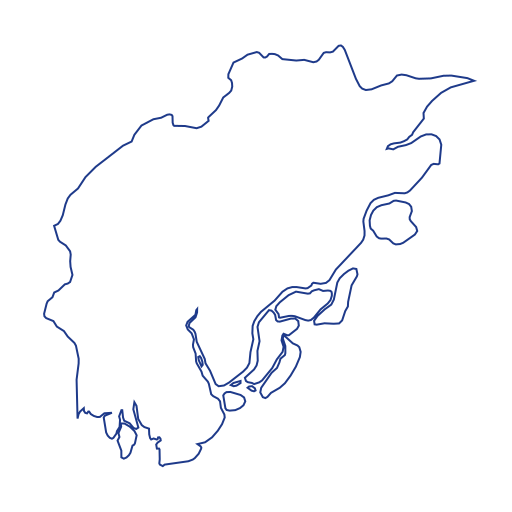 the border of Riau, rotated 93°
{"feature_id": "IDN-492", "entity_name": "Riau", "entity_type": "Province", "adm_level": 1, "iso_a3": "IDN", "parent_name": "Indonesia", "parent_adm1": "", "projection": "mercator", "projection_center": [102.223, 0.735], "detail": "fine", "context": "isolated", "style": "outline", "palette": "blue", "viewbox_px": 512, "rotation_deg": 93, "n_neighbors": 0, "source": "natural_earth", "source_scale": "10m", "svg_char_len": 6091}
<svg xmlns="http://www.w3.org/2000/svg" viewBox="0 0 512 512"><g transform="rotate(93 256 256)"><path d="M69.6,47.4L77.4,70.3L83.4,79.7L91.8,88.2L97.9,93.0L104.4,96.2L110.0,95.6L124.1,105.5L126.8,106.5L129.0,109.2L131.7,111.1L133.6,114.2L135.2,117.8L136.3,124.1L137.4,127.4L139.4,130.0L142.2,131.0L141.6,129.2L142.3,124.5L139.5,119.9L137.4,112.1L135.1,106.9L128.0,97.7L125.7,92.5L125.3,87.1L126.8,82.4L130.0,78.8L135.2,76.8L154.0,77.6L154.9,78.9L154.7,83.4L155.9,85.8L169.1,94.4L182.6,105.7L184.6,108.2L185.6,110.8L185.7,120.6L188.5,127.1L191.5,137.0L193.7,141.2L197.2,144.4L204.9,147.9L213.2,150.5L216.0,150.6L225.4,148.9L229.8,148.7L234.1,149.8L237.4,151.8L265.3,175.5L276.3,181.4L279.2,184.7L280.4,190.0L279.7,197.3L280.8,198.6L282.6,199.2L285.4,202.8L285.8,204.8L284.9,213.7L285.1,218.1L286.7,222.9L290.3,227.7L299.6,235.1L311.5,248.1L316.0,251.5L321.2,254.3L326.0,255.7L333.4,255.6L339.3,254.3L352.3,256.5L363.3,257.0L368.0,259.2L372.1,262.8L383.8,276.3L387.0,281.2L388.0,286.5L386.0,289.6L373.0,295.9L365.8,300.8L361.5,301.8L344.8,310.7L336.8,312.4L334.7,313.4L332.9,314.8L330.6,318.9L329.5,319.5L326.4,318.9L320.4,313.2L315.5,311.9L312.1,312.0L313.2,312.8L317.9,313.4L325.3,320.9L329.0,322.1L332.9,320.3L336.6,316.2L342.5,313.6L347.8,314.3L350.3,314.0L356.6,311.2L364.3,310.3L366.2,309.6L374.3,304.4L378.3,303.0L384.0,297.5L386.1,296.4L396.4,293.5L398.2,291.4L400.5,286.5L403.0,284.3L409.5,283.1L415.9,279.3L418.9,278.8L425.7,281.1L432.5,285.0L439.4,290.4L444.7,297.1L446.9,304.6L449.0,301.3L450.1,300.6L451.3,300.7L456.5,302.9L461.1,306.6L462.6,308.5L464.5,312.8L469.1,336.3L470.7,338.1L469.3,341.1L468.1,341.7L464.1,341.5L454.3,342.2L453.4,342.7L453.5,344.9L449.5,345.8L447.5,344.5L445.2,341.5L443.5,341.8L442.1,343.0L442.3,344.3L443.9,344.6L444.5,345.4L443.6,348.7L444.7,351.1L443.4,352.2L439.7,353.3L434.0,353.8L432.7,358.5L430.9,361.2L424.9,365.1L411.9,367.5L408.4,369.8L415.5,370.5L433.5,364.5L435.0,366.6L434.1,369.3L429.7,373.4L427.4,379.0L424.3,380.3L417.0,381.5L417.0,382.3L423.3,384.3L426.6,383.2L433.9,383.3L438.2,385.7L440.7,386.1L445.1,388.9L446.0,390.3L445.2,392.5L443.1,394.7L440.1,396.4L425.3,399.6L423.4,398.6L420.1,391.7L421.0,399.2L424.9,403.5L425.1,406.2L424.2,409.6L422.5,412.7L420.1,414.5L420.1,415.3L422.0,416.5L421.6,418.3L419.7,419.7L417.0,420.0L420.5,423.5L423.2,424.9L427.7,425.7L388.9,428.7L372.6,427.5L367.9,427.7L355.0,431.1L352.3,432.8L346.3,439.8L341.0,443.9L336.9,451.2L331.6,454.9L329.0,462.3L327.3,464.1L324.8,464.6L314.6,462.6L312.1,461.7L307.8,457.1L303.0,455.6L300.8,451.5L294.3,445.4L293.4,442.6L291.7,440.3L284.5,438.3L276.6,440.6L270.9,441.3L264.3,441.1L261.0,441.9L255.4,446.5L252.0,452.5L250.2,454.3L236.4,459.2L234.4,455.5L231.1,453.2L225.4,451.1L214.5,449.0L208.4,447.0L204.6,444.5L197.9,437.3L186.1,430.4L175.3,420.7L152.8,394.6L148.2,386.2L141.3,383.8L131.7,377.2L124.8,365.6L122.9,358.0L119.6,352.1L119.1,349.8L119.5,347.6L120.7,346.7L127.3,346.2L129.7,345.3L130.3,344.5L129.9,333.7L131.5,322.0L129.7,317.3L123.5,310.4L120.5,311.1L119.8,310.7L112.4,303.6L107.7,300.7L99.4,297.0L94.5,291.3L92.1,289.4L88.1,288.6L84.5,289.0L81.8,290.0L79.5,293.0L75.9,293.1L64.0,288.6L59.5,280.2L55.4,275.0L52.3,265.9L52.9,263.5L57.3,258.8L57.3,257.2L56.3,255.5L53.5,253.4L53.3,250.2L53.4,247.8L54.6,244.4L58.0,240.0L58.7,226.0L57.6,218.1L59.5,208.9L58.6,205.7L56.8,203.6L49.6,199.0L48.8,196.7L48.8,192.7L47.9,189.9L41.8,184.5L41.3,182.2L42.6,180.2L45.6,178.1L73.8,165.5L81.0,161.3L83.3,158.7L84.5,155.0L83.5,149.3L79.1,139.9L76.7,132.3L74.4,129.1L68.4,124.7L67.2,120.1L67.6,115.3L70.2,105.8L70.5,102.5L69.5,90.7L66.2,78.2L65.6,70.4L67.3,54.2L69.6,47.4ZM382.0,246.1L384.0,251.2L383.0,253.4L382.4,257.7L381.3,259.5L378.2,260.7L369.4,252.0L365.3,249.7L360.5,248.8L350.7,249.6L340.9,248.0L326.7,250.8L322.0,249.6L309.4,240.2L309.7,237.7L311.5,235.5L313.8,233.8L318.9,232.6L320.2,231.0L320.3,228.8L316.7,217.9L316.4,213.5L318.8,210.4L323.3,209.6L326.6,211.2L333.4,219.0L333.5,220.6L332.2,224.4L334.1,225.5L338.9,226.1L345.2,223.7L350.3,224.4L358.2,229.8L367.0,233.9L379.9,243.4L382.0,246.1ZM226.3,98.5L235.1,109.7L236.5,112.7L237.1,117.0L236.2,119.6L232.5,123.9L231.7,126.7L232.1,131.9L231.8,134.1L230.2,136.5L224.6,140.3L222.6,142.9L219.9,143.8L214.4,144.4L209.0,143.3L204.5,141.2L200.9,137.9L198.7,133.4L196.6,125.6L193.7,121.4L193.3,119.0L194.7,109.4L196.1,105.9L198.7,103.6L203.0,102.7L209.1,104.6L211.3,104.4L213.1,103.2L218.7,97.6L222.6,96.3L226.3,98.5ZM317.1,197.9L317.8,200.5L317.4,203.4L314.1,214.1L313.9,216.9L314.1,219.8L316.4,228.8L316.1,229.8L312.9,230.4L308.6,233.9L305.1,233.1L301.0,229.8L293.4,221.4L289.5,214.2L290.9,202.3L290.5,200.2L288.3,198.4L287.2,196.1L285.8,191.5L287.4,187.2L286.7,182.4L286.9,180.0L287.7,178.8L289.3,178.3L291.8,178.2L296.1,179.3L299.7,181.9L305.9,188.7L314.5,195.0L317.1,197.9ZM319.6,184.0L321.4,191.8L321.2,193.9L317.7,194.6L312.6,191.4L305.5,184.4L300.6,178.3L295.5,176.0L278.2,173.4L273.8,171.2L269.3,167.1L265.8,162.9L263.3,158.5L263.7,155.1L269.0,153.7L271.1,154.2L280.3,159.0L296.9,161.6L301.6,161.6L306.3,164.0L315.8,166.6L319.0,169.5L319.6,175.0L319.6,184.0ZM391.9,233.9L396.1,237.2L397.4,239.2L396.6,241.8L392.0,244.6L387.3,243.9L371.8,234.3L366.7,229.2L361.2,227.1L357.3,226.2L353.4,222.0L351.5,221.6L344.4,222.0L337.0,224.9L334.6,224.5L334.4,223.1L341.3,214.7L343.2,209.9L344.8,208.0L349.4,206.4L354.7,206.9L364.4,210.4L373.6,215.2L381.6,220.5L386.3,225.3L391.9,233.9ZM459.1,371.1L461.6,372.5L464.0,374.8L465.3,377.4L464.1,379.9L457.4,380.3L447.6,384.6L443.9,382.9L440.0,384.1L433.5,381.7L430.3,382.3L430.2,378.5L433.0,373.1L437.2,368.2L441.3,365.8L449.4,367.1L450.8,367.8L451.8,369.4L459.1,371.1ZM411.0,268.6L411.8,274.3L411.3,277.3L409.6,278.6L396.9,281.4L394.9,280.2L393.5,278.4L393.1,274.5L395.6,264.1L397.9,260.5L401.7,259.1L405.7,260.7L408.7,264.0L411.0,268.6ZM386.5,268.7L387.2,271.5L386.2,274.4L384.0,271.9L381.6,264.9L383.7,264.8L386.5,268.7ZM390.3,249.4L391.2,250.9L390.7,253.4L388.0,257.5L386.7,256.1L386.2,253.1L388.2,250.2L390.3,249.4ZM359.0,306.9L360.7,305.5L364.2,304.1L367.5,303.5L369.1,304.6L363.1,307.7L359.9,308.4L359.0,306.9Z" fill="none" stroke="#1e3a8a" stroke-width="2"/></g></svg>